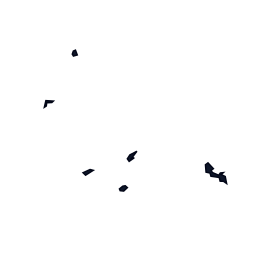 map outline of Eastern (Equal Earth projection), rotated 244°
{"feature_id": "FJI-2618", "entity_name": "Eastern", "entity_type": "Division", "adm_level": 1, "iso_a3": "FJI", "parent_name": "Fiji", "parent_adm1": "", "projection": "equal_earth", "projection_center": [179.768, -18.91], "detail": "coarse", "context": "isolated", "style": "filled", "palette": "ink", "viewbox_px": 256, "rotation_deg": 244, "n_neighbors": 0, "source": "natural_earth", "source_scale": "10m", "svg_char_len": 731}
<svg xmlns="http://www.w3.org/2000/svg" viewBox="0 0 256 256"><g transform="rotate(244 128 128)"><path d="M54.1,178.8L61.0,181.5L61.6,184.6L54.0,186.9L53.6,184.2L51.0,184.3L45.8,188.8L47.1,191.3L46.1,194.1L45.3,191.4L41.8,194.1L34.9,192.3L38.2,190.5L39.8,187.5L43.6,188.3L48.3,181.4L51.6,182.0L54.1,178.8ZM103.0,117.9L103.2,125.8L99.2,117.9L98.5,120.6L97.5,114.4L100.6,113.9L103.0,117.9ZM107.5,68.0L107.3,75.7L105.2,78.2L104.2,69.2L107.5,68.0ZM75.1,93.5L77.0,93.6L78.0,97.8L77.3,100.2L74.7,101.3L73.2,96.5L75.1,93.5ZM218.8,110.3L221.1,112.6L221.0,114.9L215.9,114.4L216.6,110.5L218.8,110.3ZM183.3,61.9L188.6,66.2L184.9,72.7L184.3,70.7L186.3,66.0L183.6,64.2L183.3,61.9Z" fill="#0f172a" stroke="#020617" stroke-width="1.5"/></g></svg>